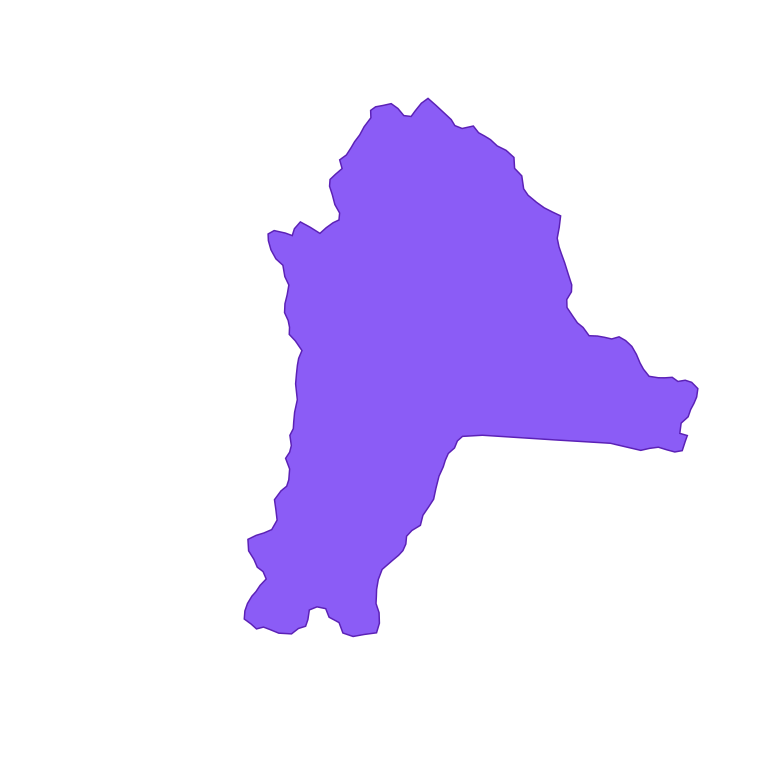 Luiz Alves, Santa Catarina, Brazil (Mercator projection), rotated 324°
{"feature_id": "56859067B92746316194010", "entity_name": "Luiz Alves", "entity_type": "district", "adm_level": 2, "iso_a3": "BRA", "parent_name": "Brazil", "parent_adm1": "Santa Catarina", "projection": "mercator", "projection_center": [-48.897, -26.726], "detail": "fine", "context": "isolated", "style": "filled", "palette": "violet", "viewbox_px": 768, "rotation_deg": 324, "n_neighbors": 0, "source": "geoboundaries", "source_scale": "gbopen_adm2", "svg_char_len": 2523}
<svg xmlns="http://www.w3.org/2000/svg" viewBox="0 0 768 768"><g transform="rotate(324 384 384)"><path d="M622.3,277.1L620.1,266.7L615.5,257.9L613.8,249.0L611.2,242.7L608.2,236.3L607.9,227.8L597.4,223.2L593.2,216.6L593.8,209.6L592.1,200.8L589.8,189.1L587.5,178.8L579.3,178.8L569.7,181.4L563.2,183.5L557.8,178.5L557.2,169.3L554.6,161.4L547.0,158.1L540.1,154.8L534.0,154.8L529.9,160.9L519.1,164.2L510.8,168.2L502.6,170.7L496.7,173.3L488.2,176.6L479.9,176.6L476.7,185.1L468.1,185.8L460.6,186.8L456.2,192.0L453.4,200.6L449.7,210.0L448.6,219.6L444.0,224.8L437.5,223.6L429.0,223.6L420.7,224.5L416.5,214.0L411.6,203.7L402.8,205.7L397.0,210.0L392.9,203.9L385.3,195.3L378.4,194.5L374.7,200.1L371.4,209.0L370.1,219.2L372.0,228.5L366.9,238.8L365.2,248.0L358.1,254.9L351.1,260.8L345.5,267.8L343.8,276.3L340.9,282.6L336.5,288.2L337.6,296.9L337.3,308.7L330.0,313.1L325.0,317.9L319.1,324.4L312.6,331.9L304.6,345.8L295.1,354.3L288.6,361.7L284.4,366.8L277.7,370.2L272.8,379.4L267.6,383.7L260.7,386.3L257.7,397.3L250.7,405.5L245.2,409.5L237.9,409.9L227.4,413.2L222.5,422.4L217.5,431.3L207.6,435.8L199.2,433.9L191.6,431.3L182.6,429.7L176.4,439.4L175.7,449.4L173.8,457.7L175.9,464.7L174.1,472.5L165.4,474.1L158.4,476.7L152.4,478.0L144.6,481.3L138.1,485.8L132.8,492.0L135.4,500.1L136.9,507.2L143.6,509.8L147.2,515.3L152.4,523.7L162.3,531.8L171.1,531.5L178.2,533.9L183.9,529.9L190.8,522.9L198.8,524.9L204.8,531.5L202.5,540.4L207.4,550.6L204.4,561.3L210.6,570.1L220.8,575.0L231.7,580.9L239.7,574.8L245.6,566.1L248.5,556.9L252.7,551.7L257.3,545.8L264.5,538.8L273.5,532.9L285.9,531.8L295.4,531.1L301.4,529.9L307.6,526.3L312.8,520.4L320.5,518.9L330.4,519.7L338.3,513.1L347.8,509.7L356.4,506.4L364.6,499.0L374.3,490.9L383.3,485.8L388.8,481.7L395.2,478.0L403.4,477.2L409.9,473.2L416.7,472.5L433.5,483.3L482.2,523.7L489.3,529.6L532.2,564.9L552.7,588.6L561.1,592.2L568.8,596.4L574.3,603.7L579.3,609.9L586.1,613.2L594.1,607.4L599.1,604.0L594.3,597.8L601.4,590.3L610.8,589.3L617.1,584.9L623.3,581.9L629.3,578.3L635.2,572.2L633.9,563.5L629.9,558.0L623.3,554.7L621.1,548.0L614.7,544.0L609.6,540.2L603.0,533.6L602.6,524.5L603.5,517.4L605.6,508.5L606.6,499.3L605.0,490.9L601.9,484.0L594.7,481.4L589.8,475.8L584.8,470.6L578.3,465.5L578.3,455.3L576.4,448.2L576.6,440.1L577.0,429.7L581.5,423.1L589.8,419.6L594.1,414.2L597.7,403.2L601.4,392.2L604.2,382.4L606.2,375.9L609.8,367.9L617.8,360.3L625.7,351.8L621.0,343.2L617.1,335.5L614.2,326.7L611.5,316.0L611.7,308.2L617.8,296.6L616.4,286.3L622.3,277.1Z" fill="#8b5cf6" stroke="#5b21b6" stroke-width="1.5"/></g></svg>